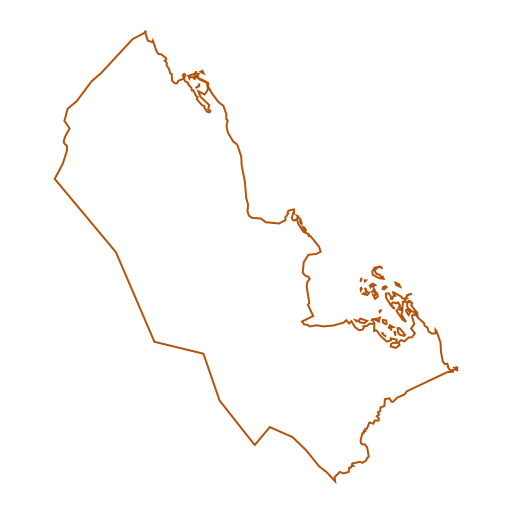 the district of Debub Deb.Keih Bahri, Debubawi Keyih Bahri, Eritrea
{"feature_id": "51966322B86476524232792", "entity_name": "Debub Deb.Keih Bahri", "entity_type": "district", "adm_level": 2, "iso_a3": "ERI", "parent_name": "Eritrea", "parent_adm1": "Debubawi Keyih Bahri", "projection": "robinson", "projection_center": [42.638, 13.079], "detail": "fine", "context": "isolated", "style": "outline", "palette": "amber", "viewbox_px": 512, "rotation_deg": 0, "n_neighbors": 0, "source": "geoboundaries", "source_scale": "gbopen_adm2", "svg_char_len": 6079}
<svg xmlns="http://www.w3.org/2000/svg" viewBox="0 0 512 512"><path d="M320.7,251.7L319.1,247.0L312.8,238.9L310.3,236.2L308.7,236.0L307.5,233.5L303.9,232.1L302.4,230.3L298.0,223.4L297.0,218.6L294.9,220.5L292.9,220.1L291.8,217.8L293.2,213.1L294.1,213.4L293.9,209.4L288.4,210.7L287.5,212.6L288.2,213.6L285.5,217.0L285.4,220.2L278.9,223.5L265.7,222.2L260.8,218.5L252.0,217.9L248.8,215.5L247.5,211.3L248.1,204.6L246.2,197.9L244.9,181.8L241.7,165.7L241.3,156.8L237.2,144.5L233.0,141.3L227.8,132.4L226.5,125.9L227.7,120.3L226.3,119.0L226.3,113.9L223.3,105.8L218.4,102.0L211.8,93.2L208.1,86.5L208.1,82.9L201.9,79.5L198.5,78.5L197.8,75.6L198.7,73.9L196.0,73.4L196.0,71.3L194.8,73.8L188.2,75.9L189.4,78.4L189.8,77.2L192.6,77.4L195.2,75.9L195.5,77.4L193.7,79.2L195.4,78.6L196.4,76.3L199.5,79.5L206.8,82.7L208.0,89.5L204.6,94.5L198.3,91.2L200.5,96.8L209.3,105.2L208.0,109.3L210.4,110.8L209.5,112.4L206.8,111.6L204.3,107.6L204.5,106.1L202.1,105.2L196.8,99.2L197.7,97.1L196.0,95.8L193.4,90.4L191.9,90.4L191.3,87.7L188.1,84.3L188.2,83.0L184.9,81.1L184.1,78.5L178.4,80.7L177.1,83.3L175.2,83.5L173.2,81.9L171.9,80.2L171.8,74.2L170.2,73.3L169.1,69.2L166.6,65.3L166.8,62.9L164.7,60.7L166.1,59.8L166.0,58.1L161.4,54.4L158.4,54.0L156.4,50.9L153.0,40.9L152.7,42.2L147.8,40.6L145.5,33.3L145.8,30.7L144.1,33.1L132.5,39.2L101.3,72.9L91.6,81.3L76.7,101.2L67.7,108.7L64.4,120.8L69.6,128.5L65.2,136.4L63.7,141.2L64.3,143.5L67.1,146.1L66.8,151.3L62.6,164.1L54.7,178.9L115.9,252.2L154.4,341.8L203.4,353.7L219.6,400.6L254.7,445.0L269.8,427.1L292.5,437.1L306.0,450.1L319.3,466.5L326.8,472.3L335.1,481.3L334.6,477.1L339.8,471.9L343.5,473.4L348.7,472.0L349.2,467.7L350.8,467.7L351.7,465.8L353.2,465.9L352.0,464.3L352.4,463.4L359.9,461.9L362.6,462.8L366.4,460.3L366.8,458.4L368.7,456.7L367.2,447.5L364.7,444.2L362.9,444.5L361.0,443.2L360.6,440.4L362.4,433.2L363.9,432.7L363.8,430.9L365.4,431.0L365.3,428.9L366.9,428.6L369.4,422.5L373.3,423.7L374.7,420.5L378.4,420.6L379.0,418.6L376.8,416.2L379.1,414.6L377.9,412.3L380.3,411.0L380.4,407.5L384.4,406.0L384.9,399.2L389.4,398.3L391.8,401.8L393.1,401.8L397.0,397.7L404.7,394.4L406.7,391.3L447.3,372.1L452.8,371.8L453.6,370.0L450.1,370.3L447.7,366.8L448.7,365.6L448.0,365.9L447.3,363.7L445.0,364.2L442.8,361.5L441.0,352.0L440.5,342.5L436.7,331.7L435.5,329.9L435.5,333.3L432.1,333.7L428.4,331.3L427.5,327.7L424.5,325.6L424.1,323.2L417.5,317.2L417.6,315.3L417.0,314.1L417.4,313.1L411.2,305.4L412.1,303.3L410.1,301.1L409.2,301.0L410.0,302.3L407.1,302.0L407.4,307.6L412.2,311.5L416.0,312.3L415.3,312.8L416.9,314.2L415.9,315.3L417.5,316.2L413.9,314.4L411.8,315.9L414.2,324.1L411.1,328.5L414.9,333.4L411.9,337.3L408.6,337.5L404.4,341.3L400.9,340.1L398.4,342.6L399.5,345.0L395.9,347.9L390.6,346.4L391.2,344.0L392.9,342.8L396.5,342.9L396.6,339.7L390.8,338.3L391.0,340.2L386.8,341.6L381.0,336.4L376.7,330.6L374.8,330.1L374.6,330.8L374.1,331.0L374.4,323.1L373.8,322.4L373.3,323.8L369.5,323.7L367.0,325.9L363.6,326.3L364.2,327.1L362.6,329.6L359.1,330.2L355.1,327.3L351.4,321.1L349.1,323.5L346.3,320.2L343.6,322.7L333.3,325.5L323.4,326.4L317.0,325.3L309.6,326.4L307.2,324.7L304.3,324.5L302.0,321.5L313.2,316.0L307.9,304.8L309.3,303.0L306.7,286.7L307.3,282.1L309.7,278.9L308.5,276.7L305.6,275.9L302.7,272.8L303.7,262.3L308.4,254.8L316.0,254.0L320.7,251.7ZM401.3,296.6L392.4,291.8L395.1,295.8L393.4,296.0L392.1,299.0L391.0,298.8L390.7,296.1L388.7,293.3L385.9,293.6L386.0,297.5L391.0,305.6L391.9,305.7L391.5,303.7L393.3,302.4L396.9,303.4L398.0,302.4L400.0,305.4L398.9,306.9L402.4,308.6L402.9,301.7L405.7,301.8L404.9,299.4L406.2,298.7L402.3,298.4L401.3,296.6ZM381.2,267.1L379.7,266.5L374.5,267.8L372.3,271.3L372.7,274.7L379.2,278.2L383.6,278.8L382.8,276.7L381.0,276.9L379.8,274.8L376.4,273.8L374.6,270.5L377.5,267.4L380.9,267.2L382.5,268.7L381.2,267.1ZM402.4,310.5L398.1,309.1L396.5,310.9L402.6,319.7L406.0,321.9L401.4,314.7L402.4,310.5ZM405.1,334.8L399.5,328.1L397.6,328.2L398.2,332.7L399.5,334.6L403.9,335.9L405.1,334.8ZM367.1,320.9L360.3,318.6L358.7,320.9L359.9,322.4L364.6,323.1L367.1,320.9ZM377.2,293.4L375.1,292.7L375.6,294.8L374.8,295.6L373.1,294.9L375.1,298.9L377.8,296.6L377.2,293.4ZM407.7,309.8L406.2,310.0L406.1,311.2L408.6,315.0L410.2,312.1L407.7,309.8ZM369.0,293.0L366.4,291.1L365.8,293.0L361.9,293.8L367.4,295.0L369.0,293.0ZM386.6,323.9L386.3,320.5L382.8,320.0L382.9,322.4L385.6,324.2L386.6,323.9ZM375.3,285.2L372.8,283.6L369.8,285.5L370.5,287.1L371.2,285.9L372.3,286.6L375.3,285.2ZM378.9,321.7L379.8,317.7L375.1,319.6L378.9,321.7ZM385.8,286.2L383.2,287.0L382.5,288.8L383.9,289.4L386.6,287.3L385.8,286.2ZM393.3,327.1L390.0,325.2L388.6,327.4L389.0,327.9L393.3,327.1ZM184.1,78.5L185.5,75.1L184.2,73.9L182.7,75.2L184.1,78.5ZM457.3,370.2L457.2,367.3L454.3,367.8L456.5,370.2L457.3,370.2ZM400.2,286.8L398.8,284.0L396.9,283.9L397.8,285.8L400.2,286.8ZM202.4,70.8L200.5,71.8L203.5,73.4L202.4,70.8ZM305.9,230.1L304.4,227.6L303.0,227.0L305.4,231.5L305.9,230.1ZM375.6,291.8L373.7,288.5L373.4,290.6L372.0,291.6L375.6,291.8ZM300.2,218.9L298.7,217.7L300.2,219.3L300.2,222.2L300.8,223.0L301.1,222.1L301.8,224.7L301.5,222.6L300.2,218.9ZM406.0,297.7L407.7,295.4L410.1,294.1L407.1,295.1L406.0,297.7ZM395.5,335.7L395.3,332.1L394.4,332.0L395.5,335.7ZM195.4,88.0L198.9,86.4L199.6,83.4L198.2,86.4L195.4,88.0ZM373.9,319.1L372.0,319.4L371.7,320.3L372.2,320.6L373.9,319.1ZM394.9,308.7L393.2,307.1L392.3,306.8L393.4,308.1L394.9,308.7ZM360.9,290.2L361.7,288.8L361.2,287.8L360.6,288.3L360.9,290.2ZM364.9,281.4L365.9,280.4L364.6,280.4L364.9,281.4ZM379.8,312.0L380.7,311.0L381.4,309.7L379.5,311.2L379.8,312.0ZM360.5,282.0L361.4,278.7L361.2,278.7L360.5,282.0ZM395.9,283.9L396.2,282.9L395.4,282.6L395.9,283.9ZM366.0,291.0L365.9,289.2L365.1,287.8L365.4,290.0L366.0,291.0ZM356.7,320.6L355.6,320.3L357.2,322.1L356.7,320.6ZM386.1,336.6L384.6,335.3L384.4,335.3L386.1,336.6ZM310.0,236.1L308.7,234.2L308.2,234.2L308.7,235.3L310.0,236.1ZM298.6,217.3L297.6,215.9L296.9,215.7L297.9,217.1L298.6,217.3ZM391.9,329.9L391.0,329.3L390.1,329.2L391.0,329.8L391.9,329.9ZM383.3,334.2L382.9,333.2L382.5,333.2L383.3,334.2ZM412.0,294.5L410.7,293.9L410.4,294.1L412.0,294.5Z" fill="none" stroke="#b45309" stroke-width="2"/></svg>